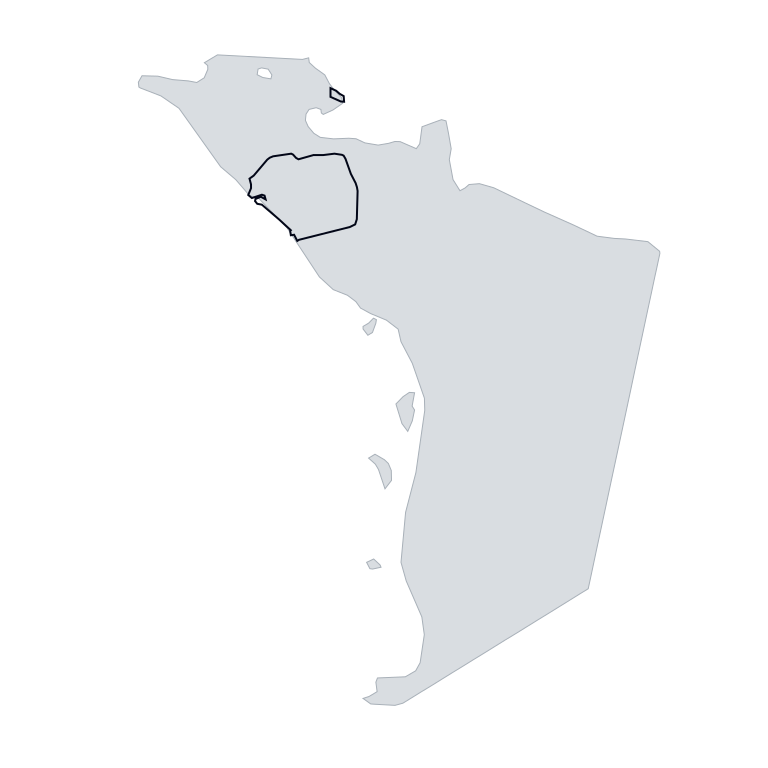 location of Dubay within United Arab Emirates, rotated 274°
{"feature_id": "ARE-350", "entity_name": "Dubay", "entity_type": "Emirate", "adm_level": 1, "iso_a3": "ARE", "parent_name": "United Arab Emirates", "parent_adm1": "", "projection": "robinson", "projection_center": [55.527, 24.951], "detail": "coarse", "context": "in_parent", "style": "outline", "palette": "ink", "viewbox_px": 768, "rotation_deg": 274, "n_neighbors": 0, "source": "natural_earth", "source_scale": "10m", "svg_char_len": 3016}
<svg xmlns="http://www.w3.org/2000/svg" viewBox="0 0 768 768"><g transform="rotate(274 384 384)"><path d="M692.0,182.4L700.7,194.9L702.1,280.0L704.1,286.1L699.5,287.0L694.3,293.5L688.2,303.4L679.8,308.6L673.2,314.4L666.8,321.7L661.2,323.2L653.8,314.0L648.7,304.6L650.0,302.6L653.5,301.9L654.9,297.1L652.7,290.1L647.8,287.4L641.5,287.2L635.5,290.4L629.2,296.5L625.6,303.2L625.0,316.6L626.7,331.7L626.7,339.0L623.2,348.1L621.9,361.5L624.4,371.8L626.7,378.0L626.9,383.2L621.0,399.8L626.1,402.9L643.3,404.0L648.3,415.2L651.7,422.9L650.8,427.5L638.7,430.8L623.4,434.6L612.4,433.5L592.7,438.6L582.1,446.3L585.2,451.2L588.9,454.9L590.5,465.2L587.4,479.8L581.8,493.9L574.8,511.5L566.8,531.8L555.7,562.3L546.3,586.3L545.3,603.5L545.5,614.8L544.4,637.3L535.6,649.7L533.5,650.1L523.0,648.6L519.4,648.1L509.3,646.6L493.6,644.4L473.3,641.5L449.2,638.1L422.4,634.3L393.7,630.3L364.0,626.1L334.4,621.9L305.7,617.8L278.8,614.0L254.8,610.6L234.5,607.7L218.8,605.5L208.7,604.1L205.2,603.6L194.0,602.0L188.0,593.6L180.7,583.5L173.4,573.4L166.1,563.3L158.9,553.2L151.6,543.1L144.3,533.0L137.1,522.8L129.8,512.7L122.5,502.6L115.3,492.5L108.0,482.4L100.8,472.3L93.5,462.2L86.2,452.1L79.0,441.9L71.7,431.8L66.9,425.1L64.2,417.4L63.9,397.4L63.9,393.1L68.9,385.0L71.2,390.8L76.6,398.6L86.0,396.7L90.3,398.0L93.4,425.7L100.1,435.6L108.5,439.5L136.7,441.7L154.3,438.0L189.1,419.9L207.3,413.4L257.5,414.5L297.8,422.0L360.6,426.5L372.7,425.3L406.6,410.8L427.4,398.0L439.7,394.3L447.9,381.9L453.3,365.8L458.1,355.3L464.2,350.2L470.0,341.3L474.6,326.8L486.3,312.1L533.0,276.4L560.3,246.3L562.7,236.6L577.5,221.9L589.3,205.9L644.7,160.3L655.8,141.4L662.3,120.3L663.1,118.8L667.9,117.9L674.6,121.1L675.3,136.9L672.9,151.9L672.7,167.7L671.7,176.2L676.9,183.3L685.6,186.3L689.4,185.9L692.0,182.4ZM690.0,246.5L690.8,239.8L689.4,236.4L683.7,235.9L681.3,241.7L680.5,249.9L684.5,250.6L690.0,246.5ZM377.4,409.9L377.4,415.1L363.9,413.6L360.2,416.3L349.2,414.8L338.4,411.0L345.7,404.7L364.9,397.3L372.8,404.0L377.4,409.9ZM298.2,397.3L288.4,398.2L279.5,392.3L298.3,384.5L303.4,381.0L309.0,373.8L313.3,379.9L308.5,389.7L305.0,393.9L298.2,397.3ZM448.9,368.9L447.7,371.9L444.0,371.6L434.6,368.9L431.5,364.5L437.4,359.3L440.0,359.1L443.7,364.5L448.9,368.9ZM203.2,392.7L201.0,393.8L198.6,385.5L198.8,382.8L204.9,379.1L208.7,385.9L203.2,392.7Z" fill="#d9dde1" stroke="#a8b0b8" stroke-width="1"/><path d="M520.7,287.5L526.6,283.9L525.9,280.7L530.3,279.7L530.9,280.3L540.8,267.9L554.4,249.6L554.9,245.0L557.5,242.6L559.6,242.9L562.2,248.1L559.9,253.0L563.6,251.7L564.3,249.0L560.3,239.2L563.1,235.4L570.1,237.7L573.9,237.4L579.5,235.5L582.8,239.5L599.7,251.9L601.8,254.3L603.4,257.5L607.3,275.4L606.5,277.3L603.4,280.5L602.2,283.0L607.5,297.8L608.1,307.2L610.3,318.5L609.7,326.0L609.0,327.8L605.9,329.9L591.3,336.3L582.4,341.7L578.4,343.3L574.7,344.2L546.5,345.4L541.2,344.1L538.2,338.9L521.9,289.1L520.7,287.5ZM675.4,310.0L673.2,315.8L670.4,319.5L668.4,323.7L662.8,324.5L662.8,321.2L666.7,310.6L675.4,310.0Z" fill="none" stroke="#020617" stroke-width="2"/></g></svg>